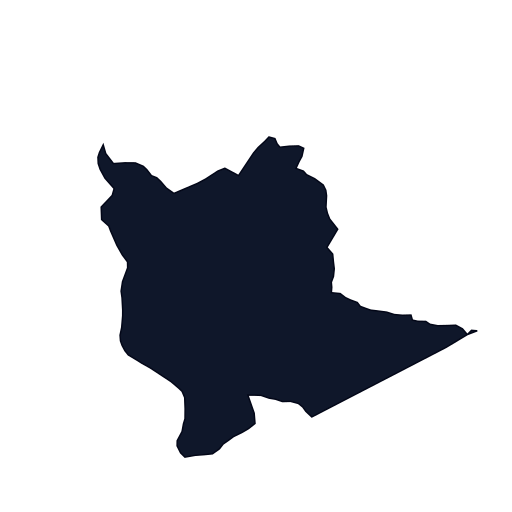 Paraíso do Norte, Paraná, Brazil (Equal Earth projection), rotated 62°
{"feature_id": "56859067B23838105782075", "entity_name": "Paraíso do Norte", "entity_type": "district", "adm_level": 2, "iso_a3": "BRA", "parent_name": "Brazil", "parent_adm1": "Paraná", "projection": "equal_earth", "projection_center": [-52.64, -23.256], "detail": "fine", "context": "isolated", "style": "filled", "palette": "ink", "viewbox_px": 512, "rotation_deg": 62, "n_neighbors": 0, "source": "geoboundaries", "source_scale": "gbopen_adm2", "svg_char_len": 1822}
<svg xmlns="http://www.w3.org/2000/svg" viewBox="0 0 512 512"><g transform="rotate(62 256 256)"><path d="M151.4,375.2L160.4,371.9L165.6,372.6L181.3,373.8L192.3,373.5L200.9,372.2L206.2,374.9L216.0,385.9L223.7,391.6L230.0,393.9L241.2,399.1L246.2,401.8L256.0,408.1L262.1,413.2L267.3,415.5L272.1,416.2L278.1,416.2L283.4,415.2L292.7,409.6L297.3,407.0L305.0,402.0L327.0,390.0L336.3,386.3L340.8,384.8L347.5,385.4L357.6,390.3L366.4,395.1L370.1,398.8L376.3,403.7L382.1,412.3L386.6,414.8L394.4,415.0L400.2,413.2L403.4,403.3L407.1,394.9L410.2,387.3L409.1,378.8L406.6,373.3L405.8,366.6L404.9,360.7L405.2,350.6L404.9,343.6L403.4,335.5L393.9,331.4L375.0,328.5L378.5,322.0L381.4,317.0L387.7,311.1L391.6,306.0L396.9,301.0L400.5,293.8L406.1,287.8L411.3,285.6L416.6,284.9L424.3,282.3L425.9,131.2L424.6,106.3L417.2,107.9L410.9,112.1L407.4,119.4L402.9,128.3L397.9,134.5L393.5,136.8L389.6,143.8L386.0,148.0L380.9,146.9L377.1,154.5L372.6,161.4L366.9,167.0L360.8,175.6L357.7,180.1L353.7,183.8L349.4,187.6L344.6,188.4L339.1,193.3L334.7,196.6L328.7,199.3L323.8,206.7L319.2,203.8L314.5,201.8L310.4,197.2L304.0,192.9L297.3,190.3L290.3,187.4L281.7,189.4L270.7,171.3L257.9,173.6L251.8,172.9L245.7,171.3L235.9,165.4L230.7,163.5L224.9,163.3L215.3,167.9L207.9,173.2L203.3,174.3L197.4,179.6L192.8,173.6L189.6,168.7L183.3,163.3L178.8,166.7L174.7,175.0L171.2,183.8L166.8,184.7L161.2,184.2L157.0,188.7L158.9,194.3L161.2,203.1L163.9,209.8L176.8,233.7L163.9,242.3L163.1,249.8L164.4,264.3L164.4,273.7L162.2,299.1L153.8,303.3L145.3,305.2L140.3,306.9L136.0,310.6L128.4,311.9L123.9,313.4L117.2,318.8L112.2,328.0L107.5,338.5L95.0,340.6L86.1,338.7L91.1,345.6L94.6,349.2L100.3,351.9L106.3,352.9L116.4,352.8L129.9,349.6L135.0,354.5L140.1,369.7L151.4,375.2ZM424.6,106.3L425.9,95.8L422.8,100.6L424.6,106.3Z" fill="#0f172a" stroke="#020617" stroke-width="1.5"/></g></svg>